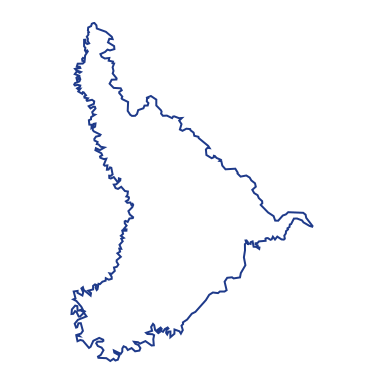 Mphokojoana, Mokhotlong, Lesotho
{"feature_id": "5366337B60583276922456", "entity_name": "Mphokojoana", "entity_type": "district", "adm_level": 2, "iso_a3": "LSO", "parent_name": "Lesotho", "parent_adm1": "Mokhotlong", "projection": "orthographic", "projection_center": [29.014, -29.041], "detail": "fine", "context": "isolated", "style": "outline", "palette": "blue", "viewbox_px": 384, "rotation_deg": 0, "n_neighbors": 0, "source": "geoboundaries", "source_scale": "gbopen_adm2", "svg_char_len": 5856}
<svg xmlns="http://www.w3.org/2000/svg" viewBox="0 0 384 384"><path d="M140.4,348.1L138.4,345.0L135.4,343.8L134.0,341.8L138.0,342.2L140.1,343.6L145.4,341.1L151.6,345.5L153.8,345.3L153.3,339.2L154.1,335.2L152.4,334.2L147.4,334.0L146.1,332.8L152.1,330.8L151.1,327.0L153.0,323.9L154.2,325.2L155.1,330.0L158.3,333.1L159.6,332.2L157.6,329.8L160.6,327.6L161.7,328.9L160.9,329.7L159.9,329.1L159.8,330.2L163.0,331.8L164.9,329.0L167.6,327.5L168.4,328.5L166.6,329.8L166.1,332.8L167.2,334.4L168.5,331.6L170.4,331.5L170.4,337.2L174.4,333.8L174.5,329.5L179.5,331.3L180.9,333.6L182.8,330.1L181.5,325.7L183.1,324.0L182.9,322.4L187.1,319.6L191.8,313.7L195.4,311.9L205.9,300.1L209.2,294.8L212.9,292.5L218.0,293.1L219.9,291.5L224.6,291.5L226.6,290.2L224.6,281.7L227.2,277.8L232.0,277.3L233.6,278.4L240.0,277.4L240.8,273.1L245.4,265.2L243.9,257.3L245.0,250.3L244.9,244.2L246.4,242.9L245.6,240.5L246.5,240.4L247.8,242.1L248.0,244.9L248.5,243.3L250.6,243.9L250.8,242.1L252.6,241.4L253.6,246.7L256.2,246.9L259.2,248.9L259.4,247.5L257.8,247.2L257.7,245.4L255.6,244.3L255.6,243.3L257.5,243.0L259.0,241.4L265.6,240.8L265.5,238.6L266.2,238.2L267.8,238.1L270.5,239.8L271.7,239.3L272.9,236.7L275.0,239.5L277.3,236.6L281.5,239.4L283.8,239.6L284.8,238.7L284.3,235.7L285.8,233.5L286.0,231.2L288.0,229.4L287.5,228.3L289.5,227.0L289.8,224.5L291.1,224.1L293.9,218.6L297.0,218.5L302.0,220.4L303.5,222.4L309.5,225.9L312.2,226.7L312.5,226.0L306.2,217.8L305.6,214.7L303.2,212.8L288.2,212.2L285.9,214.4L282.8,215.5L278.2,220.7L275.2,220.6L273.6,216.1L268.1,212.5L260.7,204.9L262.3,203.2L262.1,201.1L258.8,198.1L257.6,195.2L254.2,193.1L252.3,189.8L255.8,186.7L255.0,183.3L251.3,180.4L249.7,177.6L246.3,175.5L240.6,176.6L237.5,173.5L237.7,172.6L235.3,168.7L225.5,169.3L222.3,165.6L221.3,161.1L219.5,160.9L220.6,159.7L216.5,157.9L214.8,156.0L213.9,155.8L213.7,157.3L211.7,158.2L206.4,155.0L205.9,149.5L207.5,147.8L209.6,148.1L208.2,145.9L198.7,138.1L198.4,136.8L194.3,135.8L193.6,132.6L190.5,130.3L190.2,129.1L186.4,128.7L182.5,130.8L179.9,129.5L181.5,124.1L179.2,120.6L181.9,118.0L179.1,118.2L174.4,116.4L173.2,116.5L172.1,118.1L166.9,115.6L162.9,115.8L161.1,113.6L161.6,111.6L160.9,110.2L156.3,105.5L156.3,99.6L150.9,96.0L147.3,97.5L147.9,98.1L147.0,98.5L146.8,101.4L148.4,103.1L147.7,105.5L144.5,105.6L143.4,108.3L138.2,110.1L137.0,114.0L135.1,115.8L132.0,115.9L130.3,114.8L127.7,110.9L128.1,102.0L122.2,99.1L121.6,98.3L122.3,96.6L119.2,93.0L119.3,91.9L121.7,90.3L120.7,88.3L113.7,87.9L109.6,83.7L111.7,79.7L116.4,79.5L116.6,78.3L112.7,73.5L113.5,70.9L112.6,67.3L114.1,63.5L112.5,63.2L113.0,61.6L108.7,60.7L109.3,58.0L104.8,58.5L101.6,56.7L100.4,54.1L105.0,52.0L107.5,49.6L110.0,50.4L114.4,49.1L114.1,46.1L108.0,42.4L109.3,38.8L112.6,39.1L111.8,36.8L105.9,31.8L96.8,28.5L96.4,25.3L94.4,23.0L93.3,23.1L91.8,23.8L91.1,26.1L88.2,27.5L87.9,30.6L88.9,32.2L88.2,32.6L88.4,34.6L86.8,36.8L87.9,38.7L87.7,41.1L89.1,43.3L87.2,44.0L85.2,42.4L85.3,39.7L84.1,39.8L84.1,46.3L85.4,47.9L84.9,50.2L85.7,51.6L87.1,50.4L87.8,51.4L85.1,55.5L84.8,59.1L83.0,57.9L82.1,59.0L82.4,60.9L84.5,61.1L84.6,61.9L82.7,63.6L77.7,63.7L76.8,66.5L79.8,66.8L80.3,68.0L75.1,68.9L76.4,70.4L80.9,72.0L79.7,72.8L76.9,71.3L74.8,74.1L78.8,75.6L76.4,77.8L77.1,80.4L79.7,77.4L80.3,79.3L79.4,81.4L74.9,83.2L74.2,84.6L75.0,85.5L77.7,84.8L80.3,85.5L80.0,86.7L77.1,88.4L78.1,89.3L80.2,88.9L78.3,91.5L82.2,93.8L82.8,92.2L83.6,92.3L86.0,95.3L84.3,96.4L84.5,97.7L87.9,98.3L86.5,100.0L87.1,100.9L92.0,99.8L94.2,101.3L93.9,103.8L88.7,106.2L90.5,108.4L93.6,106.6L94.9,106.8L95.5,108.5L92.2,112.1L92.9,114.2L95.0,114.7L91.1,117.1L91.0,119.3L88.9,120.2L89.3,124.6L91.7,124.8L91.5,127.7L92.8,126.5L93.5,123.9L95.5,123.5L95.1,126.7L92.6,128.1L92.8,130.0L93.7,131.3L100.5,134.7L99.7,135.8L96.0,136.6L94.3,139.0L94.5,140.5L97.6,142.0L96.8,144.1L98.5,144.4L100.7,146.7L104.5,147.5L99.9,150.1L95.9,148.2L95.4,150.2L101.3,153.2L102.2,155.2L100.0,156.5L100.3,157.7L103.8,159.1L106.3,158.7L103.8,164.8L104.7,165.7L107.4,165.4L106.9,169.7L108.5,169.6L110.0,167.4L111.3,167.8L112.6,174.4L110.9,175.8L109.2,175.7L109.3,178.0L110.8,178.5L113.8,177.1L117.3,181.7L118.7,180.9L118.9,178.4L120.4,178.9L120.2,180.5L116.3,184.3L113.8,184.6L115.6,188.1L118.0,188.9L121.2,186.8L124.9,191.0L127.9,191.5L127.5,194.9L126.4,196.5L128.7,197.1L129.0,198.0L128.3,199.9L125.9,201.3L127.3,202.8L130.4,202.5L131.4,204.9L132.6,203.9L133.2,204.9L132.3,207.2L128.4,211.1L129.8,214.5L133.1,217.2L132.8,218.1L129.4,218.5L127.7,221.9L125.5,220.9L124.7,221.4L124.8,223.4L126.6,225.6L123.6,229.2L126.5,229.4L126.4,230.7L122.3,230.8L123.1,233.8L120.9,235.8L123.7,237.9L121.3,238.7L122.7,241.3L119.5,244.8L121.2,248.8L119.3,248.7L120.1,251.6L117.4,253.3L120.8,256.8L116.7,260.2L116.6,261.7L118.4,264.6L116.8,266.8L114.0,267.5L114.8,270.9L111.7,273.8L109.6,273.4L111.7,276.9L111.7,278.8L108.8,279.7L105.8,278.2L105.6,280.7L102.4,281.7L100.0,284.1L98.5,283.8L97.5,289.2L96.7,290.0L95.6,287.7L96.3,284.9L95.0,284.4L93.1,285.9L93.1,289.4L88.2,290.7L91.0,293.1L90.6,295.6L83.7,289.9L82.9,287.2L81.4,288.4L83.2,292.3L82.4,295.5L77.5,292.8L77.6,290.9L73.7,291.5L75.5,298.4L73.3,299.4L76.4,301.0L81.3,306.7L82.6,309.2L81.4,309.6L84.8,311.4L84.0,312.2L80.5,310.4L77.6,310.7L77.3,306.1L75.2,305.6L71.9,309.4L71.5,314.0L73.3,313.8L75.1,311.1L76.7,312.3L78.7,316.5L80.1,316.5L83.1,313.4L84.6,313.7L86.5,316.4L77.9,319.8L74.7,323.7L76.1,327.6L77.2,327.2L78.4,323.3L80.8,323.2L82.9,330.9L81.0,333.6L77.8,334.6L79.5,336.1L76.3,335.5L77.5,341.2L80.3,340.0L82.8,340.6L89.0,347.9L90.6,346.8L93.3,340.8L99.2,337.9L103.2,339.7L103.4,340.8L102.3,341.6L97.3,341.7L96.2,343.3L97.8,346.0L101.6,347.6L103.5,350.2L100.8,354.9L98.0,356.6L98.4,357.8L106.4,358.2L110.3,361.0L113.5,358.8L115.4,360.5L117.8,359.7L119.4,355.4L114.3,352.6L113.9,350.5L120.8,353.8L122.3,351.6L122.3,348.5L123.6,346.3L126.0,347.3L127.8,350.0L131.6,348.1L135.1,351.3L139.4,350.6L140.4,348.1Z" fill="none" stroke="#1e3a8a" stroke-width="2"/></svg>